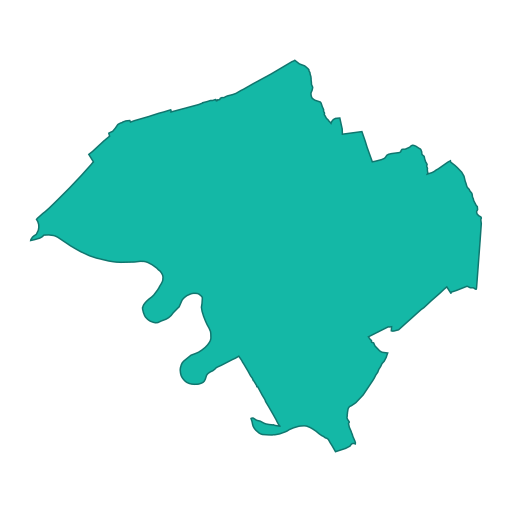 the district of Lalosu, Vâlcea, Romania
{"feature_id": "2599482B21143876013392", "entity_name": "Lalosu", "entity_type": "district", "adm_level": 2, "iso_a3": "ROU", "parent_name": "Romania", "parent_adm1": "Vâlcea", "projection": "equal_earth", "projection_center": [24.059, 44.531], "detail": "fine", "context": "isolated", "style": "filled", "palette": "teal", "viewbox_px": 512, "rotation_deg": 0, "n_neighbors": 0, "source": "geoboundaries", "source_scale": "gbopen_adm2", "svg_char_len": 6038}
<svg xmlns="http://www.w3.org/2000/svg" viewBox="0 0 512 512"><path d="M476.2,289.2L476.4,288.7L476.6,287.1L480.1,240.7L481.3,223.6L480.8,219.7L481.3,218.1L481.1,217.3L480.8,216.9L478.7,215.7L477.0,213.8L476.7,212.6L476.6,211.6L476.9,210.8L477.4,210.1L477.6,209.5L477.3,206.5L476.3,205.6L473.7,200.6L473.3,198.8L472.5,197.0L472.3,195.4L472.1,194.1L471.7,193.1L469.8,190.8L469.2,189.4L467.6,187.7L466.9,186.6L466.0,183.4L465.2,181.2L464.0,176.2L461.7,172.2L457.3,167.6L454.9,165.4L450.8,162.2L450.5,161.6L450.4,160.8L447.9,162.1L438.2,168.9L436.0,170.1L434.3,171.4L432.0,172.6L427.3,174.1L427.9,172.9L427.5,171.5L427.3,169.5L427.5,168.3L426.8,166.7L426.7,165.9L427.1,164.4L426.3,162.8L425.9,162.5L424.7,159.0L424.4,157.5L424.1,156.3L422.4,154.9L421.9,154.1L421.7,151.8L420.8,149.5L420.2,148.9L418.7,148.1L416.2,146.4L414.7,145.7L412.8,145.2L411.3,145.7L409.7,147.2L405.2,149.2L403.2,149.2L402.0,149.4L401.1,150.5L400.8,151.6L400.2,152.2L399.1,152.6L391.4,153.6L388.5,154.3L386.8,155.3L385.6,157.1L384.5,158.3L381.6,159.6L375.1,161.3L372.3,161.8L367.1,147.3L365.2,141.1L361.9,131.6L342.4,134.2L342.2,129.0L339.8,118.0L335.5,118.4L333.4,119.5L332.5,120.5L331.7,121.6L331.0,123.4L330.1,122.2L328.9,121.1L328.5,120.3L326.8,118.7L325.8,117.4L325.6,116.7L324.3,114.7L324.5,113.2L324.3,112.5L323.6,111.5L323.6,109.6L322.3,106.7L321.1,103.1L320.3,102.0L314.9,100.2L313.8,99.5L312.2,98.2L311.6,97.1L311.2,95.8L311.0,94.3L311.0,92.9L312.1,90.3L312.7,87.6L312.6,87.0L311.5,84.5L311.4,82.2L311.1,79.9L311.1,78.8L310.9,76.7L310.1,74.0L310.0,72.8L308.9,70.6L308.9,69.8L308.0,68.7L305.5,66.5L304.5,65.8L299.4,63.9L294.8,60.3L293.1,61.3L292.4,61.4L270.9,74.1L253.0,83.8L243.4,89.3L241.1,90.4L236.0,93.4L232.6,94.6L227.5,95.9L225.6,96.7L224.0,97.6L221.8,97.6L221.2,98.0L220.5,98.1L220.2,98.4L220.1,98.9L219.8,99.5L219.3,99.6L218.8,99.9L217.6,99.8L217.4,100.0L217.4,100.5L216.7,100.9L216.3,100.8L216.0,100.6L215.9,99.7L215.6,99.5L212.6,100.5L210.5,100.5L207.1,101.6L202.7,102.7L202.7,103.0L198.5,104.6L171.3,111.9L170.9,111.9L171.2,111.2L170.7,109.8L163.6,112.0L159.0,113.2L147.8,116.8L134.3,120.7L130.5,122.1L129.8,120.5L125.9,120.9L122.6,122.1L122.1,122.6L120.6,123.0L118.3,124.2L117.7,124.7L115.3,128.2L112.6,131.4L111.3,131.9L108.8,133.2L109.6,136.2L104.0,140.8L92.6,151.4L88.8,154.4L93.4,161.8L93.4,162.1L92.7,162.6L91.2,164.5L81.5,175.3L69.6,187.9L58.2,199.3L49.3,208.0L44.9,211.9L42.9,213.4L39.2,216.7L37.5,218.2L36.5,219.4L37.8,221.6L38.7,224.6L38.8,227.4L38.3,230.3L36.3,234.4L33.9,235.9L32.5,237.1L30.9,239.5L30.7,240.5L34.7,239.6L39.8,238.1L42.0,236.9L44.0,235.1L48.7,234.9L53.5,235.5L55.2,236.0L57.7,237.2L70.6,245.9L75.9,249.0L80.9,251.8L89.6,255.8L96.2,258.0L108.7,261.0L113.1,261.7L116.4,262.1L120.9,262.3L134.5,262.0L140.2,261.3L143.9,261.4L145.9,261.8L147.9,262.5L152.1,264.7L156.8,268.1L158.4,269.8L160.1,271.1L161.3,272.7L162.0,273.9L162.7,275.4L163.0,277.1L162.8,280.1L162.4,281.5L161.4,283.5L159.8,286.1L159.4,286.7L159.2,287.6L158.9,287.8L157.7,289.8L153.8,295.0L151.7,297.0L148.9,299.1L146.7,301.1L145.3,302.6L143.8,304.6L143.0,306.3L142.8,307.3L142.5,307.7L142.6,309.1L143.4,312.5L144.6,315.6L145.5,317.1L147.6,319.3L149.2,320.5L150.3,321.2L153.3,322.3L155.5,322.8L157.8,322.6L161.2,321.0L166.0,319.2L168.6,317.7L171.1,315.5L173.2,312.8L177.8,308.1L179.1,306.9L182.0,300.3L182.6,299.4L184.3,297.6L186.9,295.6L190.7,293.9L192.2,293.5L193.5,293.3L195.2,293.3L197.3,293.5L198.1,293.7L199.2,294.3L201.0,295.8L201.7,296.5L202.3,297.5L202.3,298.8L202.0,303.6L201.4,307.2L202.1,311.4L203.6,316.3L205.5,321.1L207.1,324.6L209.1,328.2L210.5,331.5L210.8,333.8L210.9,338.0L210.8,338.9L210.3,340.7L209.5,342.2L207.6,344.9L205.1,347.5L201.8,350.1L198.6,352.2L195.3,353.6L191.0,355.2L183.6,361.2L182.2,362.9L181.3,364.8L180.4,367.9L180.2,369.9L180.5,373.0L181.1,375.5L181.7,376.8L182.7,378.4L184.0,380.0L185.4,381.4L187.0,382.5L189.3,383.5L191.8,384.1L194.5,384.3L198.0,384.2L199.3,383.9L201.8,383.0L203.1,382.3L204.3,381.1L205.3,379.2L206.5,375.5L207.1,374.5L208.0,373.5L209.1,372.7L210.5,371.8L212.7,370.8L214.9,369.1L216.0,367.9L217.5,367.0L221.3,365.3L232.5,359.5L235.4,358.2L238.8,356.2L241.7,360.4L242.6,362.2L243.6,363.7L248.0,371.1L250.6,375.9L252.4,378.3L253.0,379.9L253.3,380.6L253.9,381.0L254.6,382.2L256.7,385.7L256.8,386.6L257.0,386.8L257.8,386.9L262.3,395.3L264.7,399.2L265.5,401.0L265.5,401.4L268.7,406.7L272.9,414.0L276.1,419.7L277.0,421.6L278.8,424.9L279.7,425.7L279.8,426.2L276.1,425.6L274.5,425.3L273.6,424.8L272.8,424.9L269.0,424.5L265.8,423.9L263.8,423.1L260.1,421.1L257.9,420.6L256.5,420.2L253.3,418.1L252.6,418.0L251.2,418.3L251.0,418.5L252.0,421.5L252.6,424.5L253.2,426.4L254.4,428.5L255.8,430.2L259.0,433.0L260.9,434.0L262.5,434.5L268.8,434.9L272.1,435.0L273.8,434.7L274.7,434.8L279.6,433.9L285.4,431.8L287.0,431.1L289.3,429.6L293.6,427.8L298.3,426.4L299.7,426.1L304.2,425.8L306.7,426.1L310.1,427.5L312.4,428.8L315.9,431.1L319.0,433.7L321.7,435.6L323.4,436.4L325.4,437.9L326.7,438.2L327.9,439.0L328.6,439.9L330.4,443.1L331.9,445.4L335.5,451.7L345.6,448.4L350.0,446.1L351.0,444.6L352.2,443.6L353.5,443.4L355.3,443.9L355.4,442.7L354.9,441.1L352.8,436.3L352.3,434.4L351.6,432.9L351.1,431.3L349.3,427.2L348.5,423.6L348.6,423.2L349.2,422.4L349.2,421.8L347.5,419.3L347.0,417.9L347.0,417.0L347.3,415.8L347.1,414.9L347.4,413.9L347.4,413.0L348.0,409.2L348.5,407.9L349.6,406.5L351.4,405.7L355.8,402.7L363.1,395.0L372.8,380.5L374.2,378.2L375.8,375.0L377.7,372.3L378.8,369.4L380.7,366.4L382.0,363.6L384.2,361.2L386.2,357.4L387.0,354.9L387.7,353.0L382.4,352.3L381.5,352.0L379.9,351.0L378.3,349.5L377.5,348.5L377.0,348.2L376.4,347.3L375.5,346.7L374.7,345.4L373.7,343.0L373.2,342.7L371.6,342.3L371.4,341.9L371.5,340.8L371.4,340.4L370.2,339.4L368.4,336.8L388.3,326.8L389.0,327.0L391.6,326.7L391.3,330.6L391.3,330.8L392.5,331.1L394.0,331.0L398.6,329.8L418.4,312.0L421.2,309.5L423.8,307.7L431.3,300.7L440.2,292.9L444.3,289.0L446.8,286.9L451.1,293.6L451.0,292.3L451.1,292.2L456.6,290.4L466.9,286.3L467.9,286.5L469.4,287.4L470.6,287.8L473.4,287.8L475.2,289.0L475.6,289.2L476.2,289.2Z" fill="#14b8a6" stroke="#0f766e" stroke-width="1.5"/></svg>